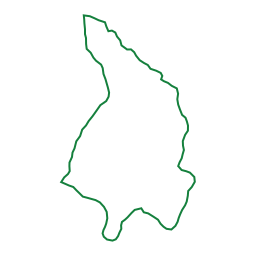 outline of Ipiguá, São Paulo, Brazil
{"feature_id": "56859067B47156636815188", "entity_name": "Ipiguá", "entity_type": "district", "adm_level": 2, "iso_a3": "BRA", "parent_name": "Brazil", "parent_adm1": "São Paulo", "projection": "orthographic", "projection_center": [-49.406, -20.638], "detail": "fine", "context": "isolated", "style": "outline", "palette": "green", "viewbox_px": 256, "rotation_deg": 0, "n_neighbors": 0, "source": "geoboundaries", "source_scale": "gbopen_adm2", "svg_char_len": 1670}
<svg xmlns="http://www.w3.org/2000/svg" viewBox="0 0 256 256"><path d="M176.8,88.4L171.7,85.8L168.0,82.9L163.9,81.2L161.1,79.4L162.3,75.9L160.7,72.9L156.2,70.7L150.5,68.8L147.8,65.0L144.0,63.0L139.7,60.2L136.1,55.7L134.2,52.2L131.0,49.4L127.1,49.5L121.5,45.4L120.2,40.4L117.0,36.5L115.3,32.5L111.9,30.6L108.4,31.2L106.4,26.6L105.0,22.3L98.6,20.2L94.4,18.2L89.8,16.2L83.8,15.4L84.2,19.3L84.4,23.2L85.0,29.3L85.0,34.1L86.0,38.0L86.1,44.0L86.7,48.9L90.7,52.7L93.4,57.6L96.0,60.7L101.1,64.6L102.7,68.1L103.5,74.0L105.5,79.2L106.6,83.1L107.9,87.6L109.1,92.6L108.6,96.7L106.2,101.1L100.4,105.1L96.9,110.1L92.5,116.3L88.7,121.0L86.0,125.5L82.2,129.6L80.1,136.1L76.3,141.3L74.5,148.4L72.5,152.6L72.0,157.0L69.5,162.5L69.4,166.2L69.7,171.1L68.0,174.0L64.2,177.4L61.2,182.1L65.6,184.0L69.0,185.5L73.3,187.0L76.3,190.2L79.4,193.2L82.8,196.6L88.1,198.0L92.0,199.1L95.6,200.1L99.9,202.4L104.0,206.9L106.7,211.9L107.3,218.3L106.2,223.6L105.0,226.9L103.5,230.0L102.6,233.4L103.8,236.7L107.0,239.5L112.5,240.6L115.8,239.3L118.1,236.1L119.5,232.5L121.3,228.9L121.1,225.3L122.0,221.9L125.0,219.7L127.5,217.4L131.5,213.0L134.7,209.9L141.3,208.3L143.8,212.3L148.2,213.4L153.3,216.6L158.0,219.7L160.6,223.8L163.5,226.7L166.5,228.8L171.4,229.5L175.4,225.9L177.6,221.8L178.7,218.0L180.1,214.4L182.1,210.0L185.1,205.3L186.7,201.6L187.8,195.8L188.2,191.0L191.8,187.0L194.8,181.8L194.3,177.0L189.9,172.6L186.1,171.2L181.6,170.0L178.2,166.1L179.6,162.3L181.7,158.3L182.7,154.1L183.9,150.0L183.0,145.6L182.8,141.1L185.1,134.9L187.9,130.7L188.0,125.6L186.9,121.5L185.5,117.7L182.1,114.9L180.0,109.6L178.2,104.6L177.3,99.2L178.1,93.7L176.8,88.4Z" fill="none" stroke="#15803d" stroke-width="2"/></svg>